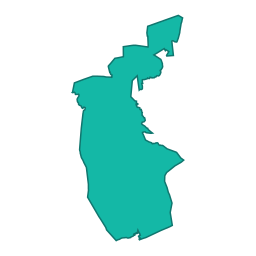 Huamuxtitlán, Guerrero, Mexico
{"feature_id": "50627088B12033458309920", "entity_name": "Huamuxtitlán", "entity_type": "district", "adm_level": 2, "iso_a3": "MEX", "parent_name": "Mexico", "parent_adm1": "Guerrero", "projection": "mercator", "projection_center": [-98.542, 17.83], "detail": "fine", "context": "isolated", "style": "filled", "palette": "teal", "viewbox_px": 256, "rotation_deg": 0, "n_neighbors": 0, "source": "geoboundaries", "source_scale": "gbopen_adm2", "svg_char_len": 5339}
<svg xmlns="http://www.w3.org/2000/svg" viewBox="0 0 256 256"><path d="M169.8,226.7L172.3,225.4L170.2,212.5L172.0,203.1L169.4,194.6L168.3,192.3L167.1,187.7L164.6,181.4L164.8,175.7L166.6,172.5L175.0,165.8L181.3,162.1L183.7,160.1L180.8,158.0L176.6,152.4L175.7,152.0L167.0,148.8L163.3,145.9L163.1,145.8L162.9,145.6L162.4,145.4L162.1,145.4L161.4,145.4L161.1,145.4L160.9,145.3L160.7,145.2L160.3,145.1L159.9,145.3L159.7,145.3L159.2,145.0L158.9,144.7L158.7,144.5L158.4,144.0L158.2,143.6L157.9,143.1L157.6,142.9L157.2,142.8L156.7,142.9L156.3,142.9L155.9,142.9L155.6,143.1L155.3,143.3L155.1,143.4L154.8,143.5L153.7,143.4L153.4,143.5L153.1,143.7L152.6,143.7L152.3,143.7L152.0,143.5L151.8,143.3L151.7,142.8L149.0,141.9L145.5,140.0L143.2,134.4L142.5,133.2L142.5,132.4L144.1,131.9L145.3,131.9L145.6,132.3L146.1,132.7L151.0,133.3L152.5,133.1L151.2,132.1L148.6,129.9L148.1,129.3L147.6,128.2L147.0,128.2L146.6,128.0L145.1,126.4L144.8,126.1L143.8,125.5L142.1,124.4L141.6,123.7L142.2,122.2L142.3,122.2L144.2,121.7L145.2,120.4L145.0,119.1L144.7,118.1L144.6,117.8L144.1,117.9L143.1,116.3L142.1,115.3L142.2,114.8L142.0,113.8L142.3,112.5L141.8,112.1L141.7,111.0L141.2,109.5L140.4,109.7L140.1,109.5L139.8,107.8L138.1,107.3L137.4,107.4L136.6,106.0L136.8,105.7L136.2,104.9L137.9,104.0L137.4,103.5L136.3,103.5L136.5,101.2L134.8,100.8L130.8,96.7L132.3,80.6L137.2,75.8L139.2,90.1L139.8,89.5L140.1,89.4L140.8,89.5L141.1,89.5L141.4,89.5L141.8,89.3L142.0,89.1L142.3,88.9L142.4,88.4L142.4,88.1L142.4,87.4L142.4,86.9L142.4,86.3L142.3,85.7L142.0,84.7L141.9,84.2L141.8,83.6L141.7,83.4L142.0,83.1L142.6,83.2L142.5,82.9L142.5,82.6L142.5,82.3L142.5,82.2L142.4,81.7L142.2,80.9L142.2,80.7L142.3,80.2L142.4,79.7L142.7,79.7L143.3,79.7L143.6,79.6L144.0,79.6L144.7,79.5L145.3,79.3L146.2,79.0L146.3,79.0L146.7,79.0L147.0,78.9L147.3,78.6L147.4,78.4L147.5,78.1L147.8,78.3L148.1,78.3L148.3,78.4L148.7,78.5L149.0,78.5L149.5,78.5L149.8,78.2L149.9,77.3L150.0,77.3L150.6,77.3L151.6,77.6L152.0,78.0L152.9,77.7L153.1,77.7L153.3,77.8L153.5,77.8L154.2,77.8L154.3,77.7L154.6,77.4L154.8,77.1L155.0,77.0L155.5,77.0L155.8,77.0L156.0,76.8L156.2,76.6L156.3,76.4L156.4,76.2L156.6,76.0L157.0,75.7L157.3,75.7L157.9,75.9L158.2,75.9L158.5,75.9L159.0,75.7L159.4,75.4L159.6,75.1L159.9,74.7L160.0,74.5L160.2,74.0L160.4,73.7L160.5,73.4L160.6,73.0L160.8,72.6L160.8,72.2L160.8,71.8L160.7,71.6L160.6,71.2L160.4,71.0L160.2,70.8L160.2,70.7L160.2,70.4L160.3,70.2L160.5,70.1L160.7,69.9L161.0,69.8L161.3,69.7L161.5,69.2L161.6,68.7L161.8,68.5L162.1,68.2L162.5,67.4L162.5,67.2L162.6,66.7L162.7,66.4L162.6,65.9L162.5,65.4L162.4,64.8L162.4,64.4L162.4,63.6L161.9,62.2L161.4,60.7L160.8,59.4L153.9,54.9L164.2,48.6L165.3,50.6L165.9,49.7L168.8,51.6L166.6,55.3L166.8,55.5L166.9,55.9L166.9,56.0L173.4,55.5L171.8,41.2L172.2,40.9L172.7,40.8L173.2,40.8L173.6,40.9L174.0,41.3L174.5,41.7L175.5,41.9L176.7,42.0L177.0,41.6L178.3,38.1L179.7,32.8L179.9,30.9L180.7,26.1L181.1,23.5L181.7,22.0L182.2,19.3L182.6,17.9L178.3,15.4L147.7,26.3L146.9,32.8L147.3,36.1L147.8,36.2L148.2,45.4L148.0,47.0L135.9,45.3L133.1,45.3L131.6,45.5L123.3,46.7L123.4,56.7L117.4,57.9L114.9,58.3L110.9,63.1L108.5,65.8L108.6,66.0L108.3,66.5L109.6,71.8L109.8,71.8L110.0,72.0L109.8,72.3L109.8,72.5L110.0,72.8L110.3,73.0L110.5,73.3L110.5,73.5L110.5,73.8L110.7,74.0L110.8,74.5L111.2,74.6L111.5,74.8L111.9,74.9L112.0,75.1L111.9,75.6L111.9,76.2L111.9,76.4L111.7,76.4L111.6,76.5L111.8,76.8L111.9,77.0L111.8,77.3L111.6,77.4L110.8,77.2L106.0,77.0L103.9,76.5L96.9,76.2L92.8,76.2L83.9,79.3L74.4,82.9L72.5,92.3L72.3,92.5L72.8,92.7L73.6,92.4L73.8,92.3L74.3,92.2L74.5,92.2L74.7,92.4L74.9,92.7L75.0,92.9L75.1,93.2L75.3,93.8L75.4,94.3L75.5,94.4L75.7,94.5L76.0,94.4L76.5,94.4L76.9,94.4L77.6,94.4L78.1,94.3L78.3,94.3L78.6,94.2L78.7,94.4L78.9,94.6L78.9,94.8L79.0,95.1L78.9,95.5L78.8,96.2L78.7,96.5L78.5,96.8L78.2,97.2L78.0,97.5L77.8,97.8L77.6,98.2L77.4,98.5L77.2,99.0L77.1,99.5L77.2,100.0L77.4,101.4L77.6,102.0L78.0,102.4L78.3,102.7L78.4,103.0L78.5,103.2L78.5,103.7L78.5,103.9L78.5,104.1L78.7,104.4L79.1,105.0L80.9,105.9L81.2,106.1L81.4,106.3L81.4,106.5L81.5,106.9L81.5,107.1L81.8,107.4L82.0,107.6L82.2,108.2L82.6,108.4L82.8,108.4L82.9,108.1L83.9,107.1L85.2,107.6L85.3,108.1L84.7,110.0L83.7,110.5L83.4,111.1L83.2,112.7L83.0,113.4L81.3,128.2L79.6,149.6L79.7,150.3L80.2,151.9L80.3,153.5L80.6,154.4L80.8,155.3L81.0,156.1L81.4,157.6L81.9,158.5L82.6,159.6L83.4,161.3L83.9,162.6L86.4,167.4L88.4,184.2L88.4,188.6L88.5,190.2L87.6,197.2L98.9,216.6L100.9,219.6L105.8,227.5L106.6,229.9L116.2,240.6L117.7,239.8L119.2,239.4L119.7,239.2L120.1,238.9L121.3,238.2L121.9,238.0L122.7,237.9L123.4,237.8L124.0,237.8L124.7,237.7L125.6,237.6L126.1,237.5L126.7,237.6L127.0,237.8L127.5,238.0L128.8,238.0L129.3,237.8L129.6,237.7L130.3,237.6L130.6,237.6L130.7,237.4L130.9,237.1L131.9,236.6L132.5,236.4L133.0,236.2L133.7,235.5L134.5,235.2L133.7,234.3L133.8,234.1L134.5,233.8L134.8,234.3L135.5,234.0L135.3,233.4L136.2,232.9L136.4,233.3L136.9,233.1L137.1,233.4L137.8,233.0L137.4,232.3L137.7,232.2L138.0,232.0L137.8,230.7L137.9,230.3L138.1,230.8L139.2,232.9L139.4,233.4L139.6,233.4L139.8,233.9L139.7,234.0L140.0,234.6L140.3,235.2L139.1,235.8L139.2,236.0L138.6,236.3L139.1,237.2L139.1,237.3L139.3,237.8L139.6,238.2L140.2,238.0L140.4,238.3L139.5,238.7L139.6,239.1L139.2,239.3L139.5,239.8L139.9,239.6L143.7,238.2L145.4,237.7L146.2,237.4L160.8,230.5L169.8,226.7Z" fill="#14b8a6" stroke="#0f766e" stroke-width="1.5"/></svg>